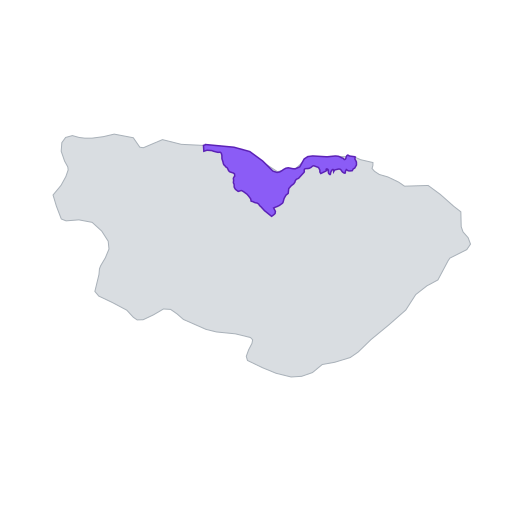 Bhutan, with Geylegphug highlighted, rotated 189°
{"feature_id": "BTN-2482", "entity_name": "Geylegphug", "entity_type": "District", "adm_level": 1, "iso_a3": "BTN", "parent_name": "Bhutan", "parent_adm1": "", "projection": "orthographic", "projection_center": [90.239, 26.953], "detail": "fine", "context": "in_parent", "style": "filled", "palette": "violet", "viewbox_px": 512, "rotation_deg": 189, "n_neighbors": 0, "source": "natural_earth", "source_scale": "10m", "svg_char_len": 3914}
<svg xmlns="http://www.w3.org/2000/svg" viewBox="0 0 512 512"><g transform="rotate(189 256 256)"><path d="M408.6,218.9L407.9,222.1L404.5,230.7L402.3,239.9L404.3,247.5L412.3,256.5L423.1,263.6L436.6,264.0L449.1,261.0L454.1,262.1L461.0,274.1L466.0,284.5L459.6,295.3L456.2,304.8L455.0,311.6L455.8,314.5L459.9,319.8L464.8,329.0L465.5,337.6L462.6,343.3L456.2,346.2L449.3,345.4L443.6,345.6L436.5,346.7L425.4,350.0L415.1,354.2L395.7,353.6L387.8,345.3L384.2,345.3L366.6,356.3L347.3,354.6L312.3,358.4L297.6,359.3L282.6,358.2L275.0,355.9L260.8,348.3L248.0,342.7L234.9,347.8L230.3,348.8L219.9,361.9L197.2,366.2L174.5,369.3L167.9,367.5L155.1,366.6L154.7,363.6L155.1,360.6L152.2,358.2L147.0,355.8L138.1,354.7L126.7,351.3L120.2,348.2L97.0,352.6L83.5,345.6L68.3,335.9L60.6,331.7L57.9,317.0L55.3,312.2L49.3,307.2L46.0,301.3L48.8,295.3L64.1,284.3L65.4,281.7L72.6,260.8L82.5,253.3L92.2,242.9L99.6,226.1L113.8,209.0L129.3,191.5L140.0,177.2L147.0,170.5L161.5,163.4L173.6,159.2L182.0,149.7L192.1,144.3L202.4,142.0L217.8,143.3L232.2,146.7L248.1,151.5L249.9,155.4L248.6,162.2L246.3,169.1L246.2,172.7L248.7,174.6L264.2,175.9L283.2,174.8L293.9,175.7L317.8,182.0L324.8,186.4L332.0,189.9L339.1,189.2L348.1,181.8L357.5,175.4L363.4,174.3L367.6,176.3L375.2,182.3L391.0,187.7L405.0,191.8L409.6,195.8L408.2,213.1L408.6,218.9Z" fill="#d9dde1" stroke="#a8b0b8" stroke-width="1"/><path d="M186.5,366.4L185.5,366.2L185.0,366.0L184.0,365.1L183.5,365.1L182.9,365.6L182.6,366.3L182.5,367.0L182.5,367.3L182.5,367.6L182.3,368.4L181.9,369.4L181.3,370.0L180.8,370.0L179.6,369.5L179.1,369.4L174.1,369.5L173.4,369.3L173.5,368.8L173.5,367.3L173.2,366.8L172.5,366.0L171.5,364.5L171.0,361.6L172.3,358.2L173.5,357.4L174.3,355.3L176.6,354.7L177.2,354.6L178.1,354.6L178.6,354.7L180.3,355.5L180.5,354.7L180.7,354.3L180.9,353.7L180.9,353.1L180.8,352.0L181.2,351.7L181.9,351.7L183.6,352.4L184.4,353.1L185.7,354.5L186.6,354.9L187.8,354.9L191.0,353.6L191.8,353.2L192.5,351.4L192.7,352.2L192.7,352.6L192.8,353.0L193.1,353.3L193.4,353.5L193.9,353.4L194.3,353.0L194.8,351.9L195.2,350.7L195.3,349.6L195.3,348.4L195.6,348.0L196.1,348.1L197.2,349.0L197.6,349.9L197.9,351.0L198.0,351.9L198.3,352.6L198.9,353.0L199.6,353.1L200.1,353.0L200.2,352.5L199.9,352.5L199.6,352.3L199.4,352.0L199.8,351.3L200.3,350.8L204.9,347.6L206.1,349.0L206.3,350.7L207.7,352.7L208.5,353.3L210.2,353.6L213.1,354.2L214.1,353.7L214.8,353.0L215.4,352.2L217.0,351.0L218.3,350.5L220.5,350.1L221.3,349.7L221.8,349.2L221.8,348.2L221.7,347.8L221.7,347.5L221.5,347.2L221.5,346.7L221.6,346.2L226.1,339.4L228.1,338.1L229.0,336.5L229.1,335.1L230.1,333.1L232.2,330.9L234.2,327.7L234.0,322.9L235.9,320.8L237.2,317.4L237.4,316.0L237.7,313.2L238.1,312.3L239.9,310.5L240.8,309.6L242.8,308.2L244.3,307.4L246.1,306.2L243.8,303.1L243.8,300.9L245.0,299.4L246.8,297.6L254.7,302.1L258.8,305.4L260.4,306.4L261.3,307.6L262.1,308.0L262.7,308.3L263.2,308.4L263.7,308.5L264.3,308.5L265.0,308.5L265.7,308.6L267.6,309.2L269.4,309.4L270.2,311.6L272.5,313.9L274.5,315.6L277.8,317.3L279.6,318.1L280.3,318.3L281.0,318.3L281.6,318.0L282.6,317.5L283.7,317.0L286.7,318.6L287.8,319.9L288.4,320.8L288.6,322.3L288.9,323.5L289.6,324.4L289.9,325.2L289.9,326.7L290.0,327.5L290.4,328.6L290.5,329.3L290.2,330.4L289.5,331.5L290.1,333.8L291.3,334.4L295.0,335.0L295.7,335.4L296.5,336.1L297.6,337.8L298.4,338.7L298.9,339.0L299.7,339.2L300.2,339.6L300.9,340.4L302.1,341.1L303.0,342.8L303.3,343.7L304.6,346.2L304.9,346.9L305.4,349.9L306.2,351.8L306.9,352.5L307.6,352.9L309.8,352.4L314.4,352.8L315.6,353.1L316.2,353.2L320.9,352.8L321.3,352.6L321.8,352.4L323.9,351.3L325.2,357.0L324.8,357.2L324.5,357.4L323.7,357.7L323.5,358.2L294.8,360.0L278.5,358.2L264.3,350.9L252.6,342.5L248.3,341.8L245.8,342.7L244.0,344.1L242.3,345.8L240.2,347.4L237.9,348.2L233.3,348.0L231.0,348.2L226.7,350.9L223.6,359.4L220.4,362.3L215.6,363.7L201.2,365.1L193.3,367.2L190.5,367.4L189.2,367.2L186.7,366.4L186.5,366.4Z" fill="#8b5cf6" stroke="#5b21b6" stroke-width="1.5"/></g></svg>